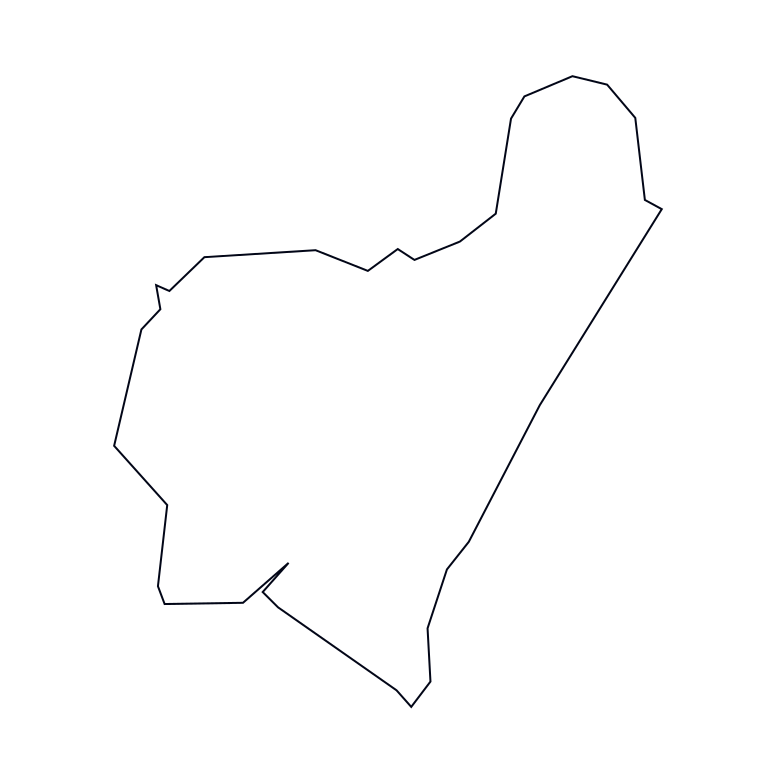 McLean, Kentucky, United States of America (Mercator projection), rotated 94°
{"feature_id": "52423323B25082659820780", "entity_name": "McLean", "entity_type": "district", "adm_level": 2, "iso_a3": "USA", "parent_name": "United States of America", "parent_adm1": "Kentucky", "projection": "mercator", "projection_center": [-87.273, 37.532], "detail": "fine", "context": "isolated", "style": "outline", "palette": "ink", "viewbox_px": 768, "rotation_deg": 94, "n_neighbors": 0, "source": "geoboundaries", "source_scale": "gbopen_adm2", "svg_char_len": 570}
<svg xmlns="http://www.w3.org/2000/svg" viewBox="0 0 768 768"><g transform="rotate(94 384 384)"><path d="M236.6,318.2L258.1,362.3L248.4,379.7L272.3,408.0L255.3,461.6L270.0,572.0L306.2,604.6L301.3,618.2L325.0,612.3L346.5,629.8L464.5,648.9L519.9,591.8L601.5,595.4L618.8,587.5L612.1,509.4L569.1,466.7L600.0,490.5L614.2,474.1L688.7,350.1L704.2,334.3L677.6,316.9L624.7,323.5L564.6,308.3L535.5,288.4L394.2,227.1L190.2,119.1L182.2,136.6L101.0,151.9L69.8,182.3L63.8,217.5L87.3,264.0L110.4,275.8L206.3,284.4L236.6,318.2Z" fill="none" stroke="#020617" stroke-width="2"/></g></svg>